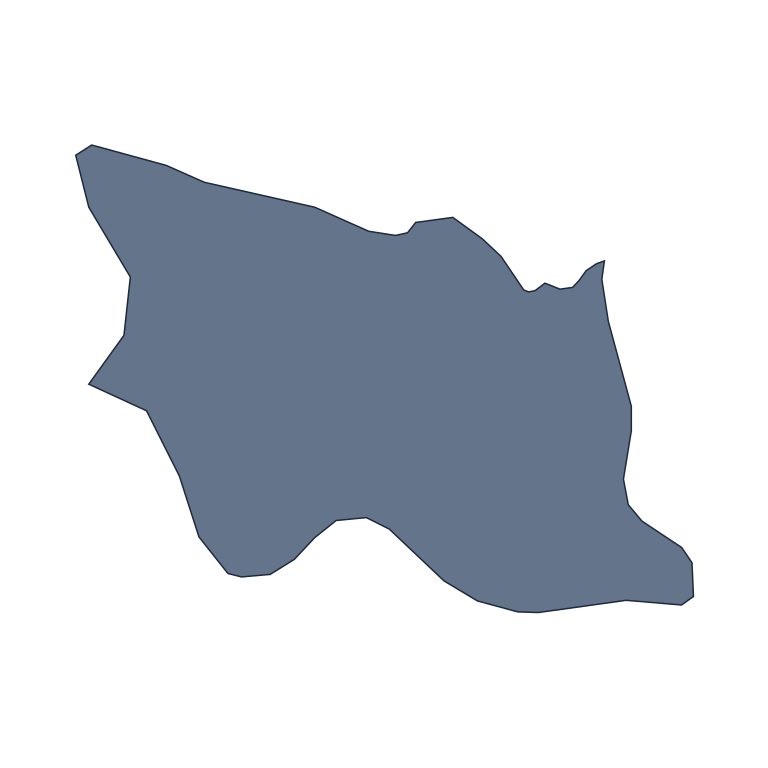 an SVG outline of Ormož, rotated 4°
{"feature_id": "SVN-1047", "entity_name": "Ormož", "entity_type": "Municipality", "adm_level": 1, "iso_a3": "SVN", "parent_name": "Slovenia", "parent_adm1": "", "projection": "robinson", "projection_center": [16.169, 46.439], "detail": "fine", "context": "isolated", "style": "filled", "palette": "slate", "viewbox_px": 768, "rotation_deg": 4, "n_neighbors": 0, "source": "natural_earth", "source_scale": "10m", "svg_char_len": 837}
<svg xmlns="http://www.w3.org/2000/svg" viewBox="0 0 768 768"><g transform="rotate(4 384 384)"><path d="M595.3,245.8L594.0,264.4L603.4,305.8L632.3,389.0L634.0,413.5L629.5,462.2L636.1,487.4L650.9,502.8L692.4,526.4L703.7,540.8L706.7,567.0L707.5,574.4L696.2,583.7L640.6,582.9L553.9,601.2L533.3,602.0L492.4,593.9L457.7,576.3L399.4,528.4L375.7,518.5L345.8,523.5L325.5,542.2L306.9,565.1L283.7,581.9L255.3,586.4L241.5,583.9L210.1,549.5L186.3,490.1L149.0,427.3L89.5,404.8L121.2,353.6L123.5,295.0L77.2,228.3L60.5,177.3L75.7,166.0L151.4,181.1L190.6,195.3L302.6,212.5L358.1,232.7L385.2,235.0L396.9,231.5L404.4,220.6L441.0,213.0L471.8,232.2L491.9,248.6L516.8,280.4L521.7,282.0L528.1,280.4L537.5,272.2L553.0,277.1L565.4,274.5L571.4,267.1L577.8,256.8L587.6,249.2L594.0,246.4L595.3,245.8Z" fill="#64748b" stroke="#1e293b" stroke-width="1.5"/></g></svg>